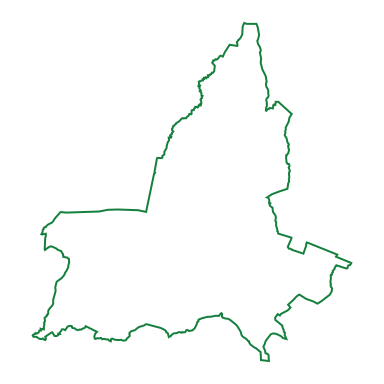 Amozoc, Puebla, Mexico
{"feature_id": "50627088B614653988957", "entity_name": "Amozoc", "entity_type": "district", "adm_level": 2, "iso_a3": "MEX", "parent_name": "Mexico", "parent_adm1": "Puebla", "projection": "albers", "projection_center": [-98.054, 19.064], "detail": "fine", "context": "isolated", "style": "outline", "palette": "green", "viewbox_px": 384, "rotation_deg": 0, "n_neighbors": 0, "source": "geoboundaries", "source_scale": "gbopen_adm2", "svg_char_len": 5924}
<svg xmlns="http://www.w3.org/2000/svg" viewBox="0 0 384 384"><path d="M346.0,268.4L347.4,268.2L348.1,265.8L348.9,265.2L350.1,265.1L351.3,263.0L336.0,256.7L337.3,254.6L306.9,242.4L306.1,244.1L306.3,245.0L305.9,246.4L303.4,253.6L292.1,249.9L292.1,249.6L289.8,248.6L288.8,248.6L287.8,246.9L291.5,238.3L291.4,237.6L278.2,233.6L277.9,231.6L277.3,231.2L277.4,229.9L276.1,225.6L276.2,222.0L275.3,220.8L275.9,217.6L275.4,215.3L273.0,211.9L272.5,207.7L270.2,206.0L269.6,204.8L269.6,204.4L270.4,203.4L269.7,202.6L269.1,202.7L269.3,200.4L268.3,197.6L267.2,197.4L271.6,194.4L278.9,191.6L287.4,188.8L288.3,183.0L289.2,181.4L288.8,179.4L289.3,177.5L289.0,174.3L289.1,172.4L289.9,171.0L288.7,167.5L289.3,166.5L289.5,165.5L288.8,163.9L287.5,163.9L286.6,162.4L286.0,157.3L286.6,155.8L286.2,155.3L288.1,153.5L289.1,149.9L288.2,147.4L288.5,146.5L288.1,145.7L288.8,144.8L288.8,144.0L287.6,142.7L286.3,137.4L285.6,136.9L284.7,135.0L285.5,132.6L285.2,131.1L285.8,129.5L285.7,127.5L288.6,121.9L289.5,117.5L291.7,114.0L278.3,101.8L275.7,101.8L275.3,104.8L274.3,104.6L274.3,105.2L273.3,105.2L272.9,108.4L269.5,108.0L269.1,108.8L267.8,109.3L266.3,110.8L265.9,110.6L266.2,107.6L266.9,105.9L266.8,102.1L266.3,100.6L266.6,98.5L268.1,97.2L268.6,95.7L268.2,93.1L268.3,91.1L267.7,88.9L266.5,87.1L265.9,84.4L266.3,82.3L266.7,81.9L265.7,76.1L262.3,69.2L260.7,62.8L261.1,58.4L259.9,52.3L260.8,50.8L260.7,49.7L259.8,46.9L258.0,43.9L257.3,40.8L258.1,39.2L259.1,34.9L257.7,27.1L256.4,23.9L246.8,23.9L244.2,23.0L242.7,26.5L242.2,34.6L240.5,37.9L238.3,40.3L238.0,40.3L237.7,41.1L236.8,42.2L237.5,44.4L237.3,45.9L229.6,44.8L224.8,52.2L222.8,56.6L220.7,55.7L219.7,56.2L218.2,58.4L216.8,59.6L215.9,59.2L215.3,59.3L214.6,60.5L213.2,60.4L213.0,61.5L212.2,62.7L214.8,65.8L214.2,71.1L213.1,72.7L211.8,72.7L211.3,74.1L210.3,74.2L210.0,75.0L207.9,75.3L208.5,76.7L208.0,77.3L207.3,77.1L206.2,78.2L205.5,77.4L205.0,78.0L204.0,77.8L204.1,79.0L202.8,79.1L203.0,80.4L201.3,80.5L200.6,81.3L199.5,81.2L198.8,81.7L199.1,84.4L199.8,85.2L198.6,85.5L198.3,86.2L198.6,86.6L199.7,86.5L199.4,88.7L200.8,90.6L199.8,91.3L201.4,92.8L201.4,95.1L202.6,95.9L201.7,96.9L202.0,98.0L201.4,98.2L200.5,99.8L201.0,100.4L201.4,102.7L200.7,105.5L199.6,105.5L199.5,104.6L198.6,105.4L198.2,107.0L197.7,107.5L196.4,106.8L195.2,106.9L195.1,107.9L194.2,108.4L193.7,110.1L192.0,110.1L191.7,110.5L191.4,113.0L191.7,113.7L191.2,114.3L189.3,114.0L188.4,116.0L187.3,116.5L186.0,118.3L185.0,118.1L183.4,118.5L182.8,118.1L181.8,118.5L178.9,121.6L176.1,123.2L175.7,124.2L174.5,124.9L174.3,125.7L173.2,126.1L172.7,128.0L172.1,128.7L172.0,129.9L173.3,131.5L172.0,132.8L171.8,134.3L171.1,134.4L170.1,135.4L170.2,136.2L171.3,136.7L171.0,137.6L168.7,137.6L169.1,140.2L167.7,142.4L166.6,146.5L166.6,148.1L164.3,151.9L164.4,154.0L164.0,154.8L162.4,155.8L162.4,157.6L161.8,158.1L157.3,157.9L156.9,158.6L154.5,172.1L155.1,172.8L154.2,173.6L153.9,174.5L146.1,211.9L138.0,210.2L118.3,209.5L107.9,209.8L99.1,211.5L66.5,212.6L60.5,212.1L54.9,218.4L53.1,221.3L51.8,222.7L48.3,224.4L46.3,226.1L45.8,227.1L44.3,227.3L43.8,227.8L43.7,229.0L42.8,229.8L42.6,232.1L41.4,234.2L42.4,234.5L45.7,233.7L45.9,235.5L45.2,238.2L44.7,249.4L45.0,250.0L46.5,248.7L49.6,246.7L51.4,246.3L56.7,248.7L57.4,249.6L61.3,251.2L61.7,252.4L63.0,254.0L63.0,255.0L63.6,256.2L63.3,256.8L67.1,257.6L68.9,258.9L69.2,262.4L68.4,265.1L68.2,267.7L67.4,268.8L66.7,270.6L65.3,272.4L64.2,275.1L61.4,278.3L57.0,281.5L56.5,282.2L55.3,287.1L55.6,291.1L53.2,299.7L53.2,303.5L52.4,305.4L49.7,308.4L48.3,310.5L48.1,314.0L46.9,314.9L47.1,315.6L44.6,317.9L45.0,321.1L44.0,322.9L44.5,324.3L43.9,326.1L43.9,329.3L42.8,328.8L42.0,329.4L40.7,328.8L40.8,330.6L39.5,330.5L38.6,332.5L36.8,333.6L35.5,333.0L34.8,334.1L33.2,334.7L32.7,335.4L33.5,336.8L36.4,336.8L39.4,338.8L41.7,339.1L42.8,338.5L44.3,339.8L45.2,340.0L46.0,339.0L45.2,336.8L51.5,332.5L52.2,332.3L52.5,332.7L54.6,336.0L56.8,336.0L58.1,335.1L58.2,333.8L59.3,334.2L60.0,334.1L59.4,333.2L59.5,332.9L61.0,331.1L61.9,329.4L63.7,329.3L65.2,330.2L67.6,326.6L69.2,325.9L71.3,326.0L72.0,326.4L72.0,327.3L72.5,328.0L74.7,328.3L76.2,329.6L78.3,330.1L79.6,329.5L81.3,329.6L82.0,329.0L84.8,327.8L85.7,326.2L97.0,331.8L95.1,333.8L94.8,334.8L94.3,336.5L94.8,338.7L95.6,338.9L97.2,338.2L99.1,338.4L101.0,337.9L102.1,339.2L104.1,338.9L106.1,339.4L108.0,339.4L109.6,340.9L110.8,341.3L111.2,339.0L112.2,338.6L114.8,339.7L118.7,340.1L121.1,339.8L122.7,340.5L124.6,340.6L126.1,340.0L126.8,338.7L129.6,336.1L129.8,335.1L129.4,334.5L129.5,332.8L131.5,331.1L134.7,330.3L138.7,327.1L144.0,325.5L145.7,324.3L146.6,324.2L160.9,328.0L165.1,330.2L165.9,330.9L166.2,332.2L167.4,332.8L167.9,333.4L168.8,337.0L169.5,336.5L170.6,336.4L170.9,335.6L173.6,333.4L176.2,333.2L179.4,332.0L181.3,332.7L182.4,332.0L183.1,332.5L184.4,332.3L185.4,332.0L186.1,330.4L186.8,330.0L187.6,330.1L188.8,331.0L192.3,330.4L194.6,328.4L196.5,324.8L197.2,322.2L198.4,321.4L198.2,320.5L198.6,319.6L202.1,318.2L207.5,316.8L210.4,316.8L215.6,315.8L219.0,315.9L220.4,313.9L221.5,313.2L222.1,313.8L222.0,316.9L222.8,317.7L224.9,318.4L227.9,318.8L230.0,319.8L236.1,324.7L237.5,326.4L240.6,331.6L241.7,335.4L243.0,336.8L246.2,338.9L248.0,340.9L249.2,341.4L249.2,342.6L250.4,344.5L254.4,347.5L255.8,348.1L260.6,352.1L261.0,360.1L268.9,361.0L268.5,354.9L267.6,353.9L265.5,353.2L265.1,350.8L263.4,346.7L264.9,343.6L265.6,341.1L270.6,334.5L272.4,333.6L274.3,333.5L276.3,333.9L280.9,336.1L283.1,338.1L286.4,339.0L284.6,334.8L285.0,332.8L283.8,331.7L283.8,330.3L282.4,327.1L282.4,325.7L275.3,319.9L275.2,317.6L277.7,314.1L279.9,315.5L281.0,313.9L287.7,310.4L290.5,307.6L288.1,304.7L293.1,300.2L296.3,296.7L298.8,294.8L299.5,294.7L306.2,298.9L313.7,301.6L317.0,303.5L317.6,303.6L321.4,301.2L329.7,294.8L331.6,291.6L332.1,288.4L330.8,286.5L330.6,285.0L331.0,284.3L330.4,282.4L330.9,278.2L330.7,275.3L330.8,274.9L331.9,274.7L332.1,273.0L333.0,272.0L332.7,271.0L334.6,268.9L334.6,268.1L335.4,266.5L336.2,266.1L336.4,265.3L346.0,268.4Z" fill="none" stroke="#15803d" stroke-width="2"/></svg>